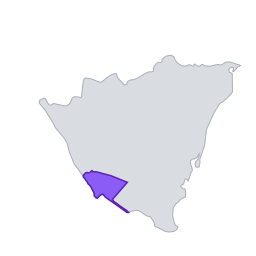 Rivas on a map of Nicaragua (Albers equal-area conic projection), rotated 15°
{"feature_id": "NIC-24", "entity_name": "Rivas", "entity_type": "Department", "adm_level": 1, "iso_a3": "NIC", "parent_name": "Nicaragua", "parent_adm1": "", "projection": "albers", "projection_center": [-85.754, 11.311], "detail": "fine", "context": "in_parent", "style": "filled", "palette": "violet", "viewbox_px": 256, "rotation_deg": 15, "n_neighbors": 0, "source": "natural_earth", "source_scale": "10m", "svg_char_len": 2954}
<svg xmlns="http://www.w3.org/2000/svg" viewBox="0 0 256 256"><g transform="rotate(15 128 128)"><path d="M220.5,38.4L219.3,39.9L218.1,40.9L215.5,46.0L214.6,46.5L214.4,42.7L212.8,42.3L211.0,43.6L210.0,45.5L211.7,48.0L213.0,48.0L214.7,48.7L219.5,65.9L218.5,69.0L215.7,73.8L213.1,77.9L210.4,80.4L207.1,91.3L204.2,109.0L206.5,124.9L205.5,139.5L206.5,143.0L206.8,147.3L204.6,148.1L203.4,148.0L202.0,145.3L202.2,143.0L203.5,140.3L204.0,136.6L203.4,134.6L202.1,138.9L199.8,140.8L198.3,141.4L196.8,143.6L198.4,147.6L200.4,150.5L201.1,152.6L200.4,155.1L200.0,163.7L199.3,163.5L198.5,162.3L196.4,162.3L196.2,165.7L196.3,167.7L194.5,169.2L193.9,170.6L195.4,171.7L197.0,172.3L199.0,172.2L200.7,176.4L201.3,179.8L197.4,183.1L196.2,185.7L194.0,188.9L192.8,192.1L192.4,194.3L194.0,201.5L196.7,206.5L198.9,209.7L201.9,210.4L201.2,213.8L199.0,216.0L194.9,217.8L190.5,218.2L183.1,216.5L180.1,216.3L178.9,215.4L178.6,213.8L176.5,211.3L172.6,208.0L170.4,208.2L166.8,207.5L160.8,205.2L158.0,205.0L154.0,206.9L149.4,209.5L138.2,205.5L130.4,202.7L123.3,200.2L121.4,199.2L119.9,199.5L118.5,200.8L117.0,203.1L116.5,203.8L115.7,204.5L114.8,204.6L114.7,203.5L111.3,198.9L105.8,193.3L84.8,176.1L77.2,165.8L73.1,158.4L69.1,154.5L57.9,146.6L55.3,143.4L44.1,132.9L35.6,126.7L35.5,124.0L39.1,120.8L40.8,121.0L42.6,123.3L45.7,126.0L47.1,126.0L49.2,124.8L49.2,123.6L60.7,123.1L62.7,122.4L64.8,120.5L65.9,117.8L66.1,115.2L66.5,113.3L68.4,111.5L71.7,111.0L74.3,110.8L75.1,109.6L74.3,105.6L72.9,96.0L72.7,93.3L73.2,91.3L74.2,90.6L79.3,90.1L88.8,91.0L90.7,90.4L94.5,84.9L98.1,80.9L100.6,79.1L102.6,78.6L105.0,82.1L113.0,87.2L114.4,86.9L115.2,86.6L115.5,85.9L115.3,83.6L117.3,81.4L121.5,79.5L125.7,76.1L130.0,71.2L133.6,68.4L136.7,67.5L137.9,66.2L137.2,64.4L137.4,61.8L138.6,58.5L140.4,56.6L142.8,56.1L143.7,55.0L143.2,53.5L143.7,51.8L145.8,48.9L150.9,46.5L153.8,47.3L156.3,50.5L159.7,52.7L164.1,53.9L167.6,53.4L170.0,51.4L172.2,50.8L174.2,51.6L175.2,51.1L175.3,49.4L176.3,49.0L178.2,49.9L179.9,50.1L181.4,49.7L182.0,48.9L182.3,48.0L183.4,47.4L187.2,48.0L191.5,47.0L196.3,44.3L199.4,43.1L201.0,43.4L202.8,42.1L205.0,39.2L209.9,37.8L220.5,38.4Z" fill="#d9dde1" stroke="#a8b0b8" stroke-width="1"/><path d="M135.8,205.0L134.3,204.4L128.7,202.4L124.5,200.8L123.2,200.1L122.0,199.0L120.9,198.4L119.5,199.0L118.3,200.5L117.5,202.2L116.5,203.8L114.5,203.0L113.7,202.8L113.1,202.5L112.7,201.8L112.4,200.2L111.6,199.1L107.2,194.1L106.8,193.9L106.6,193.8L106.0,193.3L105.9,193.1L104.4,192.7L103.8,192.1L102.4,190.4L101.3,189.9L99.9,188.4L98.1,187.3L97.5,186.8L97.3,186.4L97.0,185.3L98.2,183.1L98.4,182.6L98.6,182.4L100.0,181.5L101.0,181.7L101.3,181.7L102.6,180.9L103.2,180.1L103.8,178.7L104.0,178.6L104.3,178.5L104.5,178.6L104.8,178.8L105.2,179.3L105.4,179.3L107.2,178.9L108.6,178.5L123.9,178.5L141.4,180.6L131.5,201.0L133.2,202.6L136.9,203.9L138.9,204.8L144.5,206.8L148.0,208.0L150.4,209.4L149.4,209.8L148.5,209.7L141.8,207.2L135.8,205.0Z" fill="#8b5cf6" stroke="#5b21b6" stroke-width="1.5"/></g></svg>